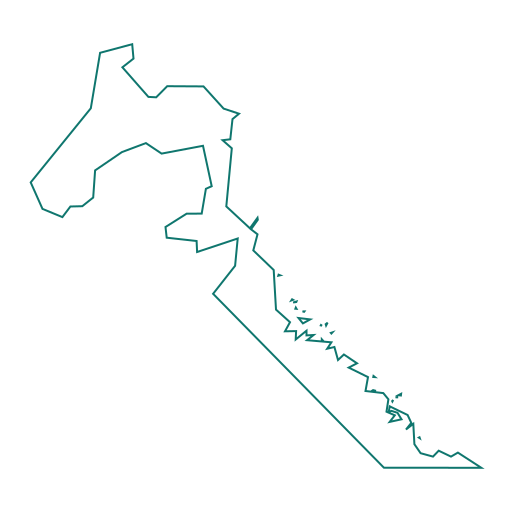 Huon District, Morobe, Papua New Guinea
{"feature_id": "67681753B78423041590168", "entity_name": "Huon District", "entity_type": "district", "adm_level": 2, "iso_a3": "PNG", "parent_name": "Papua New Guinea", "parent_adm1": "Morobe", "projection": "orthographic", "projection_center": [147.273, -7.168], "detail": "medium", "context": "isolated", "style": "outline", "palette": "teal", "viewbox_px": 512, "rotation_deg": 0, "n_neighbors": 0, "source": "geoboundaries", "source_scale": "gbopen_adm2", "svg_char_len": 1927}
<svg xmlns="http://www.w3.org/2000/svg" viewBox="0 0 512 512"><path d="M383.9,467.7L481.3,467.8L457.9,452.6L451.0,456.6L438.7,450.7L433.0,456.6L420.6,453.2L414.4,444.2L413.3,423.8L406.0,429.5L411.3,422.9L407.6,415.0L389.8,406.4L388.7,411.8L391.5,410.9L397.5,412.8L401.5,419.3L389.7,421.9L394.8,415.3L386.5,411.7L388.4,399.3L383.3,393.1L365.5,391.0L368.0,377.1L348.7,367.6L357.0,363.3L343.9,354.5L338.0,360.0L334.4,347.0L327.2,348.7L331.4,342.3L307.1,340.2L313.6,335.0L306.5,335.4L306.5,330.7L295.7,339.5L296.1,331.1L285.0,331.3L290.0,322.2L276.0,309.6L273.7,270.0L253.3,250.4L257.5,234.3L251.0,229.3L257.8,219.8L257.5,217.8L249.9,228.3L226.3,206.4L231.8,148.3L222.6,140.2L230.3,139.3L232.5,119.1L239.0,113.7L223.6,108.6L203.5,86.4L167.2,86.2L156.2,97.3L148.4,96.9L122.4,67.3L133.5,58.6L132.2,44.2L100.1,52.8L90.8,108.3L30.7,182.4L42.5,208.9L62.4,217.1L70.4,206.5L82.3,206.2L93.2,197.5L95.1,170.4L121.9,152.1L145.9,143.1L161.6,153.6L203.0,145.8L211.7,186.2L205.9,188.8L201.7,213.6L186.6,213.7L165.5,227.0L166.7,237.7L196.6,241.0L197.1,252.0L237.7,238.5L235.1,265.8L213.1,293.8L383.9,467.7ZM310.2,319.4L298.5,318.0L302.9,323.4L310.2,319.4ZM398.4,395.2L400.9,395.5L401.1,393.8L398.4,395.2ZM326.1,325.5L327.6,322.7L325.7,324.2L326.1,325.5ZM293.1,302.5L296.3,302.0L296.5,301.5L293.1,302.5ZM376.0,390.9L373.1,390.1L372.2,390.7L376.0,390.9ZM392.4,401.5L393.2,400.0L392.2,401.1L392.4,401.5ZM331.4,333.5L332.4,332.4L330.9,332.9L331.4,333.5ZM373.3,377.0L374.9,377.1L373.5,376.0L373.3,377.0ZM302.5,311.4L304.1,311.8L304.4,311.4L302.5,311.4ZM321.8,340.7L322.7,340.3L321.8,339.3L321.8,340.7ZM291.4,300.4L293.0,299.8L292.1,299.3L291.4,300.4ZM395.5,397.3L397.2,397.3L397.2,397.0L395.5,397.3ZM418.9,437.6L419.8,438.2L419.5,437.3L418.9,437.6ZM278.3,275.7L280.1,275.3L278.6,274.7L278.3,275.7ZM320.8,325.4L322.0,325.7L321.0,325.0L320.8,325.4ZM295.4,308.7L296.5,308.8L295.8,307.6L295.4,308.7Z" fill="none" stroke="#0f766e" stroke-width="2"/></svg>